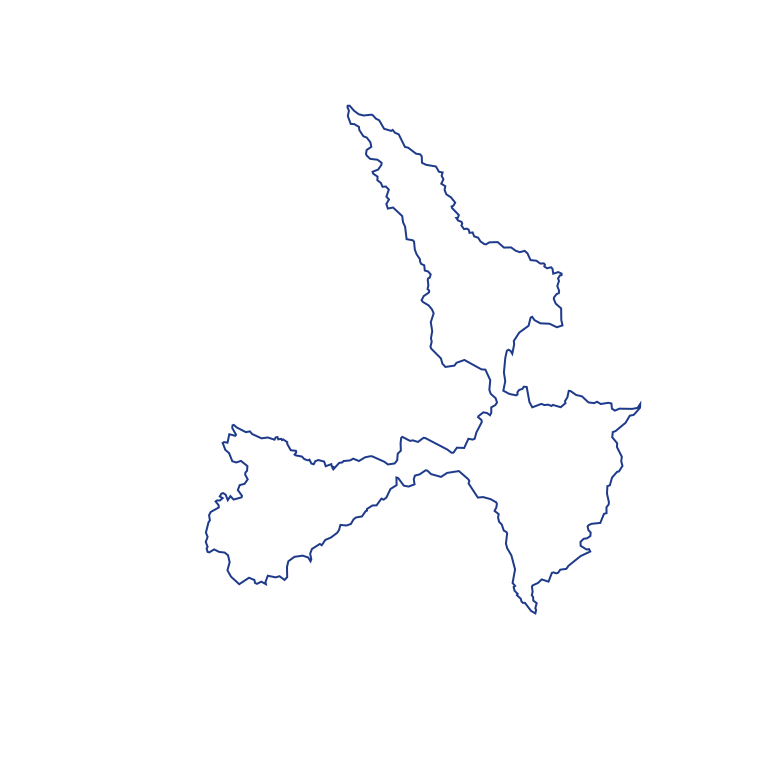 outline of Bocaiúva, Minas Gerais, Brazil, rotated 157°
{"feature_id": "56859067B89519159467190", "entity_name": "Bocaiúva", "entity_type": "district", "adm_level": 2, "iso_a3": "BRA", "parent_name": "Brazil", "parent_adm1": "Minas Gerais", "projection": "robinson", "projection_center": [-43.673, -17.387], "detail": "fine", "context": "isolated", "style": "outline", "palette": "blue", "viewbox_px": 768, "rotation_deg": 157, "n_neighbors": 0, "source": "geoboundaries", "source_scale": "gbopen_adm2", "svg_char_len": 6166}
<svg xmlns="http://www.w3.org/2000/svg" viewBox="0 0 768 768"><g transform="rotate(157 384 384)"><path d="M335.8,162.1L343.4,150.6L342.2,146.9L344.0,146.5L344.6,142.7L343.0,138.5L344.2,137.7L342.0,132.9L342.4,130.0L341.6,128.2L339.8,127.5L337.3,117.7L334.3,113.7L332.2,116.7L332.4,118.4L329.1,122.6L331.2,126.3L330.0,129.6L330.5,131.8L328.4,134.6L327.0,139.7L325.9,140.5L319.9,140.7L315.2,142.5L309.8,137.8L303.3,144.5L301.7,144.4L299.4,142.4L297.5,142.2L294.3,144.2L288.3,142.6L285.2,144.6L270.2,148.8L259.6,149.2L259.8,151.9L262.2,152.5L266.2,158.2L264.8,161.9L260.7,163.5L257.2,162.6L253.4,163.5L251.8,166.5L252.9,169.6L252.3,173.2L251.0,174.1L247.5,174.2L239.2,171.6L232.3,178.5L229.6,178.2L227.4,183.6L224.3,185.3L223.2,187.1L221.6,195.9L218.3,202.7L215.7,202.5L210.6,208.8L203.7,212.1L201.9,211.7L196.5,215.4L195.8,220.3L193.5,224.1L194.2,235.1L192.5,238.3L194.7,245.8L192.2,250.3L189.2,250.2L176.8,253.9L170.1,258.8L166.4,258.0L164.2,258.9L157.6,262.1L156.0,265.5L159.9,262.9L165.2,264.1L176.9,269.3L181.9,269.3L183.8,272.3L182.3,277.2L184.7,279.0L192.3,280.9L194.8,284.4L198.1,284.3L203.0,287.2L206.6,295.3L211.5,298.9L215.0,304.6L216.6,305.5L220.4,300.1L224.1,297.5L224.5,295.4L230.4,293.6L236.8,298.8L238.4,298.3L240.9,300.8L244.7,302.0L246.9,304.2L256.6,304.6L257.2,310.5L253.8,325.5L256.4,326.9L258.5,325.4L261.9,325.7L264.4,324.3L265.2,322.2L266.7,321.9L272.4,325.8L276.8,331.2L271.3,339.2L269.1,347.8L262.1,360.7L257.9,366.6L256.0,366.9L254.6,365.1L254.1,361.7L248.7,369.6L247.7,372.9L239.4,378.5L228.2,381.1L223.1,387.8L221.4,388.0L220.5,383.9L216.4,378.8L208.1,374.8L202.7,368.7L196.8,368.2L195.8,373.6L191.4,384.4L194.5,390.8L194.5,395.8L193.8,397.2L190.1,399.3L187.6,399.3L186.4,401.3L186.2,406.5L182.7,410.4L182.5,413.2L179.6,415.2L178.1,414.8L177.4,416.2L179.8,418.9L185.1,419.4L183.9,424.2L184.6,426.2L188.7,426.8L190.5,429.6L189.2,431.1L189.8,432.6L193.1,433.8L195.5,437.9L200.7,440.8L200.9,448.2L202.5,451.6L207.5,452.3L210.7,455.2L213.7,460.1L220.3,462.7L223.9,470.2L231.6,473.2L235.5,472.7L237.0,473.6L239.5,477.6L240.2,482.0L243.3,484.6L243.2,488.9L246.2,489.7L245.8,493.0L247.0,494.6L249.8,495.3L250.8,499.6L249.3,501.1L249.3,503.0L251.9,505.5L252.6,508.6L251.0,508.2L249.1,510.3L252.6,519.3L252.4,521.0L250.5,521.0L247.6,523.1L249.4,529.6L252.5,534.2L252.4,539.0L250.3,542.1L253.0,546.0L249.3,549.2L249.6,553.1L247.4,555.8L250.5,557.9L251.2,563.9L259.7,569.4L262.6,572.8L260.3,578.8L261.0,581.3L264.5,583.5L269.5,592.2L272.1,594.0L272.9,608.0L275.8,611.1L276.8,614.5L278.5,614.2L284.2,618.9L285.4,628.6L287.9,631.6L289.1,635.3L290.0,636.7L297.8,639.1L301.8,642.1L304.8,647.2L306.9,653.6L308.7,654.3L309.5,653.0L309.5,649.3L312.6,644.8L313.0,636.4L309.9,634.9L306.6,630.5L307.5,627.5L306.2,620.1L303.6,617.6L302.1,611.9L303.0,607.3L308.5,606.2L310.6,603.0L310.7,601.1L308.8,596.7L302.4,593.0L299.8,588.6L300.6,586.9L305.5,583.7L311.6,583.8L311.8,581.9L308.9,577.4L310.5,574.2L308.3,570.3L308.3,566.1L305.2,565.1L303.6,561.1L308.6,555.5L307.3,551.9L311.5,548.8L311.9,544.0L306.7,542.9L301.6,531.4L303.3,525.4L303.1,520.6L306.6,508.5L301.4,505.1L300.7,503.3L303.1,495.8L303.3,490.5L302.2,485.2L303.0,482.0L302.8,479.9L300.6,477.6L302.1,472.5L299.4,470.3L298.2,466.7L300.2,464.1L302.1,464.0L303.1,462.6L304.7,457.3L306.8,454.4L305.9,452.3L306.8,450.7L313.1,449.4L316.6,446.5L316.2,444.4L312.2,438.9L310.7,433.9L310.7,429.6L316.8,422.6L319.0,413.7L322.9,407.8L323.5,404.4L326.7,400.1L326.7,398.0L321.6,385.3L322.3,379.9L320.8,375.7L312.0,373.4L309.0,375.2L300.6,374.7L288.6,359.4L285.1,357.6L284.7,346.0L289.3,337.5L289.6,333.3L286.8,327.3L287.2,322.8L289.7,321.1L294.4,320.6L296.5,315.6L298.6,313.8L300.4,316.9L303.6,319.1L309.3,317.6L310.4,316.7L308.4,312.9L308.8,310.8L317.8,303.4L321.9,298.2L324.1,298.2L327.7,300.6L335.2,293.8L341.8,296.9L346.8,293.7L348.6,294.2L351.3,298.9L367.2,318.2L368.7,319.0L375.4,317.4L379.4,320.8L382.3,321.5L387.8,328.2L389.3,327.6L391.9,322.9L394.6,316.0L398.6,314.5L401.7,308.6L405.3,306.7L411.8,308.4L414.0,312.2L423.3,322.2L425.0,322.9L430.2,323.9L437.2,322.9L441.5,327.3L445.1,326.9L451.3,328.9L453.0,328.1L456.1,328.9L464.0,325.2L464.3,326.8L463.2,327.6L464.3,328.6L463.8,330.8L469.8,331.1L469.4,336.0L474.2,339.7L477.4,339.8L480.1,337.6L481.9,339.1L482.2,343.5L483.8,343.4L486.7,346.0L487.9,349.3L493.2,352.8L493.9,354.0L491.5,355.3L491.2,356.9L495.7,359.5L496.5,366.6L495.8,368.3L498.5,372.4L499.8,372.2L500.1,373.7L503.0,374.4L502.8,376.8L504.7,377.1L506.5,375.5L511.9,380.2L517.9,381.8L524.9,389.4L526.0,392.8L529.9,393.6L536.3,401.2L538.3,405.1L539.6,405.1L540.9,402.8L540.0,395.2L541.1,394.4L546.0,398.2L551.0,391.1L553.8,393.0L555.5,392.8L555.8,385.4L553.6,380.9L553.8,372.2L550.7,369.5L545.7,369.1L541.8,361.8L544.0,357.6L546.1,356.7L547.2,354.8L546.7,349.5L551.3,346.6L556.3,347.3L560.0,343.5L558.4,336.5L559.4,335.3L567.6,336.4L569.2,340.8L573.2,338.1L573.0,343.9L574.6,346.4L576.5,346.6L579.1,344.7L577.1,342.0L580.5,340.9L583.3,342.1L584.9,341.7L583.6,337.0L584.3,334.9L593.5,333.9L596.3,331.6L597.5,326.6L599.7,325.1L606.0,316.8L606.1,312.2L609.8,308.2L610.0,303.0L611.5,302.0L612.0,298.4L610.7,297.3L605.0,298.1L601.3,293.8L596.5,291.1L594.5,287.3L595.7,280.3L600.9,273.7L600.1,266.4L595.5,256.3L584.0,258.4L579.9,254.3L580.4,251.2L579.0,249.7L574.2,250.0L570.9,245.9L570.5,248.0L565.9,252.9L559.2,248.3L555.3,247.9L552.1,242.5L548.6,244.0L544.8,253.5L541.3,258.2L534.0,259.9L526.0,257.8L521.6,254.0L520.9,249.5L519.4,251.1L518.3,256.6L514.8,260.3L505.6,261.8L504.3,259.9L499.0,263.4L492.9,263.4L485.3,265.3L482.5,267.1L479.2,271.3L473.8,268.4L469.2,268.1L464.9,271.3L462.0,272.1L456.0,270.7L450.7,274.1L449.1,274.1L448.6,275.6L442.1,276.7L438.3,275.2L431.1,279.5L429.6,277.7L426.2,278.5L419.1,284.8L411.9,286.0L409.1,293.1L407.7,291.9L405.5,282.7L401.5,280.0L395.1,279.7L393.8,284.7L391.3,287.6L386.4,286.9L379.4,288.3L377.9,287.3L375.9,282.7L367.8,276.2L360.7,277.5L349.1,274.6L343.7,263.6L343.3,261.5L345.0,259.4L342.0,242.8L337.0,241.2L331.0,236.5L327.0,231.3L326.9,229.6L328.8,226.5L331.8,224.0L329.3,219.4L331.2,216.5L331.9,212.1L330.5,208.7L331.0,202.3L329.1,199.9L329.0,198.4L334.1,189.5L334.8,184.7L333.7,176.5L335.8,162.1Z" fill="none" stroke="#1e3a8a" stroke-width="2"/></g></svg>